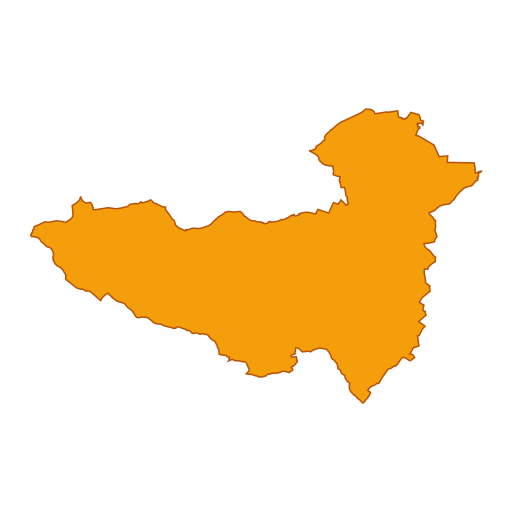 the district of Hunedoara, Hunedoara, Romania
{"feature_id": "2599482B17115998524758", "entity_name": "Hunedoara", "entity_type": "district", "adm_level": 2, "iso_a3": "ROU", "parent_name": "Romania", "parent_adm1": "Hunedoara", "projection": "equal_earth", "projection_center": [22.876, 45.766], "detail": "fine", "context": "isolated", "style": "filled", "palette": "amber", "viewbox_px": 512, "rotation_deg": 0, "n_neighbors": 0, "source": "geoboundaries", "source_scale": "gbopen_adm2", "svg_char_len": 6052}
<svg xmlns="http://www.w3.org/2000/svg" viewBox="0 0 512 512"><path d="M362.6,403.0L363.6,402.8L365.7,399.9L367.4,398.3L370.4,393.5L370.4,392.3L367.7,390.3L369.6,387.8L370.9,386.7L374.9,384.9L377.3,383.2L378.7,383.5L382.2,377.5L388.3,368.9L390.8,368.4L394.4,365.9L396.0,365.9L396.9,364.5L397.6,364.2L400.8,359.3L402.8,357.2L406.4,358.5L409.6,360.6L410.4,360.7L414.7,357.5L413.1,354.9L412.1,354.4L409.9,354.2L413.3,347.8L418.9,346.0L417.5,335.9L419.0,335.7L422.3,329.3L425.0,326.2L418.7,321.4L426.1,315.1L425.1,312.5L425.4,311.5L423.0,310.6L423.1,308.1L424.0,305.2L419.4,302.5L421.1,299.1L422.5,297.4L430.2,291.1L429.4,287.9L430.1,286.2L425.5,282.6L425.6,280.9L424.1,272.3L424.3,270.3L424.7,269.0L427.8,269.2L428.2,267.6L429.4,266.0L430.9,264.5L435.4,261.5L435.1,258.8L435.7,257.3L433.9,256.0L429.7,250.6L426.7,248.6L425.3,247.3L423.9,244.0L424.8,243.4L428.0,243.3L434.2,241.9L434.5,241.6L434.9,239.3L437.0,236.5L436.3,234.7L436.4,234.0L435.6,232.5L435.1,230.6L434.8,230.6L435.7,226.6L435.4,222.9L435.4,221.4L435.7,220.6L434.1,219.6L432.9,217.4L429.3,214.1L429.3,212.5L432.1,211.7L435.3,210.0L437.8,207.4L440.8,205.6L445.4,204.4L449.5,203.9L452.0,201.2L454.1,199.5L456.4,195.8L460.4,191.2L462.3,190.0L462.7,189.0L466.1,187.1L471.4,185.8L472.4,185.0L473.8,183.1L475.6,181.5L476.0,180.7L477.6,180.4L477.6,179.2L478.1,178.6L477.2,177.2L478.6,176.3L478.6,174.8L478.3,173.5L479.8,172.3L480.7,172.2L481.3,171.2L479.0,171.6L476.4,173.0L475.1,172.8L475.1,168.4L474.2,162.9L447.3,162.4L447.7,155.9L439.2,156.6L433.9,145.0L418.9,136.1L415.8,135.4L418.2,129.2L420.0,128.0L419.6,126.9L417.4,126.6L418.1,124.5L417.0,124.1L417.5,123.3L421.4,123.1L422.8,125.0L423.4,121.1L420.4,120.0L420.1,117.6L419.0,114.7L410.9,112.4L406.4,118.5L405.4,118.3L404.7,119.3L402.4,118.2L401.6,119.4L402.1,118.1L401.9,117.8L399.2,117.3L398.6,116.9L397.7,110.8L387.4,112.4L386.9,111.9L374.9,113.8L374.1,111.5L371.1,109.5L365.9,109.0L361.4,112.6L339.3,123.0L338.6,124.0L337.7,124.3L332.1,129.3L330.8,129.8L329.1,132.0L327.3,133.2L327.2,133.6L325.7,134.9L324.9,136.5L324.6,137.6L324.5,140.2L322.6,141.4L321.3,143.1L316.2,146.3L316.2,147.0L315.6,148.3L314.9,149.2L311.4,150.6L309.7,150.5L309.7,151.0L315.8,154.4L318.4,156.7L318.6,158.2L319.6,160.8L320.9,161.7L322.2,163.4L325.5,165.1L329.7,165.9L331.9,165.9L333.2,166.5L332.9,167.6L333.7,171.5L333.3,173.0L333.2,174.7L337.0,176.1L340.1,176.7L339.3,180.6L339.6,180.6L341.0,187.0L341.2,187.6L344.5,187.5L344.9,188.6L346.0,195.9L347.1,197.0L347.4,197.9L347.1,199.0L348.2,204.2L346.1,205.1L341.0,199.9L339.8,202.0L338.5,203.4L338.3,204.2L333.5,202.6L328.7,213.0L317.9,209.4L315.6,214.0L308.5,212.3L304.4,212.4L299.2,213.6L299.8,214.5L295.7,216.1L294.7,215.6L294.0,214.5L293.4,214.7L293.9,215.7L293.1,214.9L293.4,215.8L292.8,215.0L291.2,215.4L290.9,215.6L291.2,216.5L290.6,215.8L288.1,217.7L286.5,218.1L286.4,218.7L282.0,219.9L281.4,219.4L278.2,221.1L271.0,222.3L270.6,221.4L270.0,221.5L268.3,222.0L268.1,222.8L267.8,222.9L266.2,223.6L264.5,223.7L262.5,222.9L262.9,222.7L261.3,222.0L257.6,221.9L254.8,220.9L252.2,220.8L249.8,220.0L245.3,216.5L244.3,216.2L243.4,214.6L241.8,212.7L240.0,211.4L233.7,212.1L228.7,211.4L225.4,212.1L221.5,215.3L218.8,216.5L216.9,218.6L216.0,219.1L210.5,224.6L208.6,225.7L202.1,228.0L198.3,228.6L195.1,228.2L192.2,228.3L188.9,229.5L185.9,229.7L186.1,230.6L185.2,230.8L178.9,227.9L175.9,225.4L175.5,224.9L174.7,221.8L173.8,220.1L172.2,219.0L169.3,214.5L165.5,209.6L165.5,207.1L162.5,206.9L159.0,205.0L157.6,204.6L156.7,203.7L153.8,203.1L151.4,200.3L150.4,199.9L148.7,200.9L143.4,202.7L142.3,202.7L140.9,201.8L139.9,202.8L138.1,203.8L137.1,203.9L135.9,203.4L131.4,204.1L129.8,204.5L127.7,206.4L120.7,208.1L116.2,208.8L108.2,207.7L93.9,209.9L93.3,209.6L93.0,207.3L92.0,204.5L90.7,202.6L89.8,202.4L86.5,203.0L84.7,202.5L82.7,201.0L81.0,198.1L80.8,196.4L79.5,200.1L75.8,203.5L72.7,205.1L72.2,205.6L73.1,215.2L72.5,216.8L71.0,218.9L65.5,222.5L62.6,221.5L56.2,220.8L49.8,222.1L47.8,222.2L44.9,221.8L38.5,224.9L34.6,226.4L34.1,226.9L34.1,228.8L32.8,230.0L32.7,231.4L31.3,233.9L30.7,235.5L31.8,236.7L34.2,236.6L38.6,238.0L39.4,238.7L41.6,242.1L43.7,243.5L46.7,246.7L49.1,247.2L51.1,248.6L52.0,249.7L53.3,252.5L53.4,254.0L53.6,254.6L52.9,256.7L53.1,257.0L53.0,259.5L53.7,260.4L53.4,260.8L54.1,261.6L55.2,263.9L57.4,265.9L60.0,267.1L63.6,270.7L63.7,271.6L65.4,274.1L65.9,276.0L65.6,279.1L68.1,281.3L70.3,282.6L71.1,283.6L77.0,288.1L80.9,289.3L82.8,289.1L85.9,291.1L88.3,291.0L90.6,291.8L100.7,300.7L102.0,298.0L103.4,296.6L105.4,294.6L108.3,293.2L109.9,295.3L111.9,296.7L111.6,297.0L112.1,297.5L117.0,301.1L124.4,303.4L127.6,307.3L130.2,309.2L132.6,311.3L135.6,316.3L136.8,317.4L138.8,317.7L142.3,317.0L147.6,317.6L152.2,321.2L153.2,322.5L156.7,323.8L160.7,324.0L164.2,325.9L171.1,327.5L173.4,328.4L175.8,328.2L176.5,327.1L177.1,326.8L180.0,327.4L184.5,329.0L185.4,329.1L186.8,330.5L189.7,330.5L191.8,333.0L193.1,333.6L196.7,332.7L200.0,334.4L201.8,333.6L207.2,334.7L208.7,335.6L208.7,336.2L211.2,339.2L215.2,341.6L215.9,343.5L217.3,345.4L217.1,346.0L217.8,348.3L219.0,349.3L218.9,351.8L219.3,354.4L223.1,355.2L225.7,355.2L226.2,355.9L227.4,356.8L229.5,357.3L228.9,359.0L229.2,360.1L228.6,360.9L232.2,359.4L235.3,360.7L238.1,360.7L242.6,361.8L244.4,361.5L246.2,362.8L249.2,369.4L248.7,371.3L246.3,373.8L248.7,374.3L251.7,374.4L255.1,375.7L257.0,376.0L258.5,376.9L262.5,376.9L266.1,375.8L267.4,374.4L268.4,373.9L269.6,374.3L270.6,373.7L273.7,373.2L277.3,373.1L280.5,372.3L281.9,371.3L285.2,371.4L289.0,372.6L292.8,369.9L292.0,367.9L291.3,367.3L292.7,366.1L293.7,366.0L297.3,361.8L296.3,356.8L291.7,357.1L291.3,356.9L291.1,355.9L291.7,355.0L295.2,353.8L294.7,353.5L294.6,353.1L295.4,351.3L295.6,348.8L295.9,347.8L297.6,347.8L300.1,349.6L302.3,351.9L308.2,351.2L310.6,351.8L313.4,349.9L319.7,348.0L326.5,349.3L329.1,352.2L330.6,355.0L331.4,358.0L332.5,359.2L333.6,359.7L337.2,364.0L338.0,368.9L340.2,369.7L341.0,372.3L341.6,373.4L344.7,375.5L345.3,378.4L347.5,381.8L349.6,383.0L349.3,385.0L349.4,388.9L350.8,391.7L354.1,395.1L355.1,395.6L357.5,398.2L360.6,400.7L362.6,403.0Z" fill="#f59e0b" stroke="#b45309" stroke-width="1.5"/></svg>